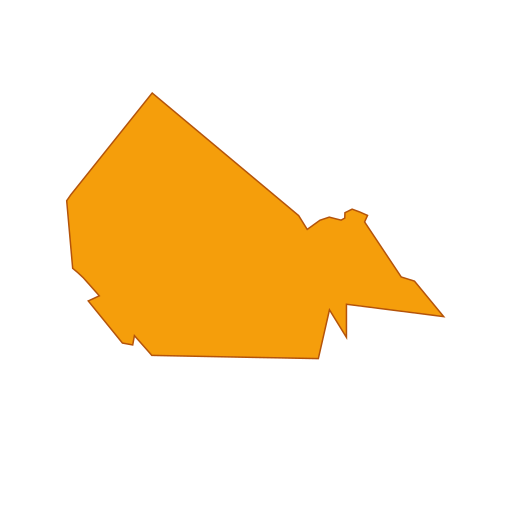 Masvingo Urban, Masvingo, Zimbabwe, rotated 287°
{"feature_id": "62879985B82265466456290", "entity_name": "Masvingo Urban", "entity_type": "district", "adm_level": 2, "iso_a3": "ZWE", "parent_name": "Zimbabwe", "parent_adm1": "Masvingo", "projection": "equal_earth", "projection_center": [30.834, -20.084], "detail": "fine", "context": "isolated", "style": "filled", "palette": "amber", "viewbox_px": 512, "rotation_deg": 287, "n_neighbors": 0, "source": "geoboundaries", "source_scale": "gbopen_adm2", "svg_char_len": 633}
<svg xmlns="http://www.w3.org/2000/svg" viewBox="0 0 512 512"><g transform="rotate(287 256 256)"><path d="M253.5,58.8L190.6,84.3L188.2,90.0L184.7,97.2L172.1,117.8L164.0,108.7L133.7,153.7L134.9,164.1L144.3,163.0L134.3,179.3L130.5,185.4L137.7,210.8L158.5,283.9L166.1,310.4L166.6,312.2L176.1,345.6L226.0,342.0L204.6,366.3L236.3,356.6L252.9,453.2L278.3,414.9L278.4,401.0L320.3,349.9L327.4,350.8L328.4,342.6L328.9,334.2L323.4,328.4L318.2,329.8L315.2,326.9L314.9,321.7L314.6,314.7L308.9,306.7L296.4,297.2L307.1,285.0L381.4,109.3L381.5,109.1L381.1,108.9L260.4,61.0L253.5,58.8Z" fill="#f59e0b" stroke="#b45309" stroke-width="1.5"/></g></svg>